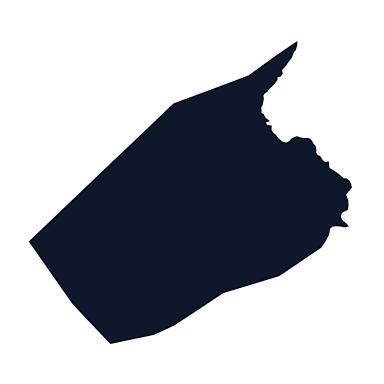 the district of Barra de Santa Rosa, Paraíba, Brazil, rotated 4°
{"feature_id": "56859067B56104642603806", "entity_name": "Barra de Santa Rosa", "entity_type": "district", "adm_level": 2, "iso_a3": "BRA", "parent_name": "Brazil", "parent_adm1": "Paraíba", "projection": "orthographic", "projection_center": [-35.977, -6.767], "detail": "fine", "context": "isolated", "style": "filled", "palette": "ink", "viewbox_px": 384, "rotation_deg": 4, "n_neighbors": 0, "source": "geoboundaries", "source_scale": "gbopen_adm2", "svg_char_len": 1413}
<svg xmlns="http://www.w3.org/2000/svg" viewBox="0 0 384 384"><g transform="rotate(4 192 192)"><path d="M349.5,215.0L347.3,212.9L344.0,210.7L341.5,207.2L342.0,202.6L344.1,200.6L348.0,198.6L348.3,194.6L347.7,189.5L345.1,183.9L347.3,180.4L348.9,178.6L350.4,176.3L349.3,172.8L347.7,170.3L345.0,168.4L342.1,168.6L339.6,166.5L336.7,164.4L331.8,161.3L326.9,159.1L326.3,156.6L325.8,152.9L322.1,153.6L319.1,150.9L316.9,147.7L314.5,147.3L312.5,144.4L312.3,141.2L311.6,138.1L309.1,135.7L307.7,133.2L305.5,131.1L302.8,130.8L299.8,131.2L296.6,130.8L292.8,129.8L288.5,131.8L285.5,135.4L282.3,137.0L278.5,136.1L274.3,133.2L271.2,129.7L268.4,127.6L266.4,125.2L266.1,120.8L261.9,120.5L259.5,117.2L263.2,115.7L259.3,113.0L257.6,109.9L255.2,108.7L254.9,106.1L254.4,103.0L255.9,99.0L256.4,94.3L255.7,90.9L257.0,88.2L259.8,86.1L261.0,83.7L263.3,81.3L266.3,77.9L268.7,74.2L268.5,71.0L272.0,70.0L273.5,67.4L272.4,64.1L274.9,60.9L276.6,58.7L278.5,55.3L281.5,50.9L282.9,45.9L285.1,42.3L285.9,38.7L285.9,35.5L267.5,49.9L240.6,72.4L221.6,81.2L167.9,105.5L128.7,148.5L116.2,162.1L33.6,252.8L61.0,286.7L81.2,311.6L98.1,327.2L121.4,348.5L134.9,344.6L163.9,336.4L183.1,325.8L199.2,313.6L229.9,290.0L239.9,286.2L284.4,269.2L314.2,245.9L324.3,237.9L326.3,234.5L328.3,230.9L330.6,225.7L331.2,223.0L331.5,218.7L334.2,216.1L337.3,215.4L339.8,215.3L343.0,215.3L346.4,216.0L349.5,215.0Z" fill="#0f172a" stroke="#020617" stroke-width="1.5"/></g></svg>